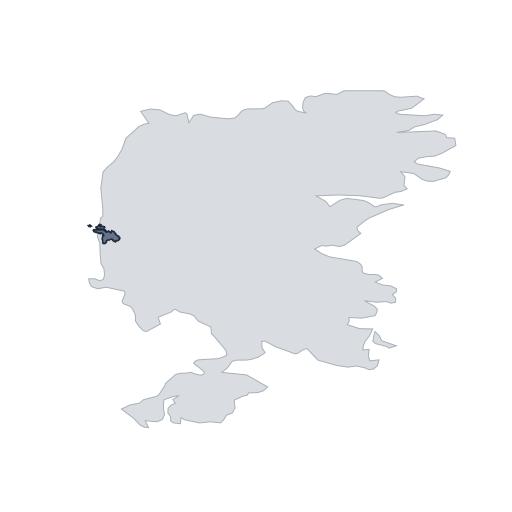 Rush-Lusk Lea-5, Fingal, Ireland shown in context, rotated 193°
{"feature_id": "5873133B50398048682629", "entity_name": "Rush-Lusk Lea-5", "entity_type": "district", "adm_level": 2, "iso_a3": "IRL", "parent_name": "Ireland", "parent_adm1": "Fingal", "projection": "natural_earth1", "projection_center": [-6.207, 53.544], "detail": "fine", "context": "in_parent", "style": "filled", "palette": "slate", "viewbox_px": 512, "rotation_deg": 193, "n_neighbors": 0, "source": "geoboundaries", "source_scale": "gbopen_adm2", "svg_char_len": 8327}
<svg xmlns="http://www.w3.org/2000/svg" viewBox="0 0 512 512"><g transform="rotate(193 256 256)"><path d="M333.1,90.8L321.0,97.1L319.2,99.5L315.7,109.1L315.3,111.8L307.7,122.5L303.4,124.7L297.0,126.4L293.4,128.1L288.8,127.3L283.0,127.4L280.2,129.3L280.3,130.8L282.0,132.5L292.6,137.4L292.0,139.4L289.0,141.8L269.8,147.5L264.1,151.0L262.1,153.3L264.1,157.2L279.2,168.7L281.8,170.0L284.0,176.7L297.5,179.5L302.9,183.7L307.7,184.7L318.0,184.3L322.2,185.9L324.5,184.7L325.9,182.5L337.5,174.3L333.9,168.2L345.7,157.7L348.9,157.9L354.3,161.1L358.8,165.5L360.2,171.4L364.5,176.8L367.2,178.6L374.7,179.7L376.4,181.8L375.0,189.5L376.1,192.1L395.1,191.9L402.6,188.5L409.2,189.1L412.4,192.6L413.9,196.1L408.2,197.5L402.3,196.7L399.4,199.1L399.3,203.6L401.3,209.4L405.2,213.5L408.3,222.8L411.0,233.2L415.0,239.4L415.9,247.2L415.3,251.0L416.0,257.8L414.3,260.2L415.6,266.7L422.5,287.4L423.9,303.6L420.5,309.7L415.9,315.5L412.9,322.3L410.6,329.7L409.2,341.6L399.3,355.6L395.1,359.1L390.2,361.2L400.9,371.0L392.1,375.4L382.6,376.8L372.0,374.3L365.5,374.6L357.1,379.7L355.2,378.8L351.3,370.8L348.3,379.1L342.2,381.7L331.8,381.1L314.4,383.3L307.7,385.7L304.9,389.4L302.8,393.7L300.0,396.2L296.9,397.5L283.5,400.7L280.8,402.0L274.5,408.9L266.3,412.9L259.5,414.1L253.5,410.0L251.1,407.6L248.3,406.4L239.1,406.6L242.0,407.8L243.8,410.7L244.7,416.1L243.6,421.5L239.0,424.2L233.5,424.7L224.9,430.2L213.5,431.7L207.3,436.8L169.6,445.5L167.5,445.6L162.3,443.4L156.7,442.4L151.1,443.1L135.3,447.9L127.6,446.9L137.6,435.0L150.7,428.9L152.1,427.3L147.9,426.4L123.0,430.6L114.3,434.2L105.7,435.3L109.7,429.8L121.0,422.3L130.7,417.4L134.9,413.0L146.7,408.0L108.8,418.3L98.9,417.1L96.7,414.2L88.9,415.5L86.1,408.6L97.8,398.1L104.5,393.5L112.4,391.1L120.1,387.6L123.0,383.3L119.5,382.0L96.7,383.0L85.8,382.1L86.4,378.7L88.5,375.0L99.9,368.6L106.1,367.5L111.5,368.1L121.1,371.9L133.9,370.7L128.6,366.6L127.8,358.3L123.8,355.5L129.1,351.6L135.1,349.2L145.2,341.3L148.8,340.0L168.5,338.1L189.9,333.9L211.0,328.1L200.3,324.9L195.1,320.6L186.7,329.2L180.7,332.5L163.7,334.3L158.4,333.3L150.9,330.7L148.5,331.7L146.3,333.7L135.1,338.0L123.3,339.0L137.1,331.2L154.7,318.1L158.6,313.9L164.2,306.7L162.6,303.5L159.0,301.6L171.8,286.8L176.3,284.1L184.3,283.6L190.2,281.3L192.8,281.3L195.2,280.4L200.4,276.0L192.5,273.1L184.3,271.7L158.8,273.2L155.5,272.9L152.3,271.5L150.3,269.5L148.9,264.5L147.0,263.4L141.3,263.4L135.6,264.9L131.7,264.8L127.8,262.6L134.1,257.4L126.2,256.2L118.1,257.2L111.4,255.6L111.3,252.4L114.4,249.2L110.4,246.1L109.7,242.3L114.0,240.4L118.6,241.0L128.1,238.1L140.2,236.8L129.9,233.9L125.8,231.5L125.7,227.8L126.6,224.7L138.7,219.3L151.5,217.0L150.6,213.5L151.6,209.6L138.7,208.5L125.9,211.2L127.4,204.0L130.5,197.4L131.2,193.1L130.7,188.5L124.7,190.4L124.1,183.9L121.6,179.4L112.7,182.5L113.1,176.6L115.7,172.5L120.4,170.7L124.9,171.5L133.5,171.4L141.7,168.3L153.6,167.5L172.4,168.5L185.3,177.2L188.6,175.7L193.9,170.2L196.3,169.5L215.9,171.9L228.0,175.1L231.2,174.1L229.5,168.0L225.4,163.8L230.7,158.2L237.1,154.4L241.4,152.6L251.3,150.2L255.6,148.0L258.5,140.9L263.1,134.9L238.4,138.0L215.1,131.0L218.9,126.0L223.9,123.2L232.4,121.0L233.3,118.4L237.6,116.3L244.8,110.6L242.3,103.2L243.7,97.8L248.9,94.3L250.6,89.2L252.9,85.5L263.3,84.2L273.3,80.7L288.8,80.3L292.8,81.7L291.9,75.6L299.1,74.8L302.0,76.0L303.2,80.3L306.5,83.1L307.4,87.9L305.2,91.6L301.5,94.4L304.8,97.4L299.6,102.6L305.2,100.4L313.3,95.2L312.9,91.0L311.6,85.7L309.4,80.9L310.5,75.6L315.0,72.3L326.9,70.6L322.1,64.6L326.4,64.1L331.1,65.3L338.0,70.0L352.7,76.6L345.5,82.4L336.6,86.4L333.1,90.8ZM123.3,206.4L123.0,209.2L117.4,205.6L114.7,201.8L99.1,200.0L105.7,196.2L108.8,197.3L119.8,197.5L122.9,199.1L123.3,206.4Z" fill="#d9dde1" stroke="#a8b0b8" stroke-width="1"/><path d="M400.0,248.0L400.9,247.8L401.7,248.1L401.9,248.0L402.2,248.1L402.1,247.7L402.1,247.0L402.2,246.8L402.5,246.9L402.7,246.7L402.7,246.3L402.8,246.3L402.8,246.0L402.8,245.8L403.4,246.0L403.4,246.7L403.9,246.7L404.0,246.6L404.6,246.7L404.6,247.0L405.4,247.2L405.5,247.0L405.9,246.4L406.0,246.4L406.0,246.1L406.3,246.1L406.8,245.7L406.8,245.8L407.5,245.9L407.2,246.5L408.1,246.8L408.4,247.0L408.8,246.3L409.0,246.4L409.2,246.5L409.4,246.6L409.5,246.7L409.3,247.3L409.1,247.6L409.4,247.6L409.5,247.4L409.8,246.7L410.3,246.9L410.1,247.4L410.2,247.5L410.0,247.8L410.9,248.0L410.3,249.0L409.7,249.9L409.8,250.1L410.3,250.4L410.5,250.4L410.4,250.3L410.5,250.4L410.8,250.5L411.2,250.5L411.5,250.4L411.9,250.4L412.4,250.1L412.7,250.1L413.0,250.0L413.6,250.2L414.0,250.1L414.0,251.1L414.1,250.1L414.5,249.9L414.3,249.9L413.9,249.6L414.0,249.7L413.9,249.6L414.2,249.8L414.2,249.4L414.8,249.5L415.3,249.8L415.7,250.0L415.8,250.2L415.3,250.5L415.2,250.7L415.0,250.8L414.9,251.2L414.6,251.4L414.6,251.5L415.2,251.3L415.4,251.2L415.2,251.3L414.9,251.4L415.1,251.4L414.7,251.5L415.0,251.6L415.3,251.5L415.1,251.6L415.6,251.7L415.9,251.4L416.4,250.2L416.9,249.3L417.0,249.2L417.3,248.9L417.4,248.7L417.9,248.6L418.0,248.5L418.2,248.4L418.3,248.2L418.3,248.3L418.4,248.1L418.5,248.1L418.5,247.9L418.4,247.7L417.6,247.7L417.4,247.3L417.3,246.7L417.2,246.7L416.8,246.1L416.7,246.2L416.4,246.1L416.0,246.0L415.9,246.1L416.2,246.8L416.6,247.0L416.0,247.2L415.1,247.0L414.8,246.9L414.7,247.0L414.5,246.9L414.4,247.0L414.2,247.0L413.3,247.1L412.9,246.9L412.8,247.2L412.5,247.2L412.1,247.0L411.9,247.2L412.0,247.2L412.1,246.9L412.3,247.0L412.5,247.1L412.8,246.9L412.7,247.0L412.7,246.9L412.9,246.8L412.7,246.8L412.8,246.7L412.9,246.8L412.9,246.7L412.9,246.8L413.1,246.9L413.3,247.0L413.5,246.7L413.4,246.5L414.5,246.8L414.6,246.1L415.1,246.2L415.7,245.8L416.4,245.7L416.6,245.6L416.8,245.9L416.7,246.0L417.6,246.1L417.8,246.0L418.2,245.6L418.8,245.3L419.0,245.3L419.5,245.4L420.1,245.1L420.2,244.9L419.9,244.8L419.7,244.8L419.4,244.5L419.2,243.9L419.5,243.8L419.3,243.7L419.5,243.6L419.5,243.3L418.8,243.2L418.6,242.9L418.7,243.1L417.7,243.0L417.1,242.9L417.0,243.5L416.4,243.4L416.5,243.1L416.4,243.1L415.7,243.1L414.6,242.8L414.4,243.0L413.7,242.7L413.6,242.9L413.6,243.2L413.4,243.3L413.2,243.3L413.1,243.2L413.1,243.5L411.8,243.3L411.7,243.5L411.5,243.3L411.1,243.2L411.0,243.4L410.4,243.4L410.1,243.3L410.0,243.0L409.9,242.8L410.0,242.4L409.9,242.3L409.6,242.3L409.3,242.1L409.6,242.0L409.6,241.9L409.7,242.0L409.8,241.9L410.0,241.8L410.0,241.6L409.9,241.5L410.0,241.3L410.0,241.2L409.8,240.9L409.8,240.7L409.8,240.3L409.7,240.2L409.9,239.1L409.8,238.8L409.7,238.3L409.5,238.1L409.7,237.8L409.4,237.6L409.2,237.3L409.1,237.2L408.9,236.5L408.7,235.7L408.6,235.4L408.5,234.9L408.3,234.7L408.2,234.3L407.8,234.3L407.8,234.1L407.7,234.1L407.7,233.8L407.4,233.8L406.9,233.9L406.6,233.9L406.4,233.9L406.1,234.1L405.9,234.3L405.9,234.6L405.7,234.7L405.4,234.8L405.4,235.0L405.4,235.4L405.4,235.5L405.0,235.7L404.9,235.8L405.0,235.9L404.9,236.0L405.0,236.1L405.1,236.3L405.1,236.5L405.0,236.8L405.1,237.4L404.8,237.6L404.3,237.8L404.1,238.1L404.0,238.3L403.8,238.4L403.5,238.3L403.3,238.4L402.8,238.4L402.7,238.5L402.1,238.8L401.7,239.4L401.3,239.7L400.3,240.0L400.1,239.8L400.0,239.7L399.8,239.6L399.6,239.7L399.1,239.7L399.3,239.2L399.6,239.1L399.3,239.1L399.2,239.0L398.2,238.6L397.9,238.5L397.6,238.3L397.4,238.4L396.9,238.3L396.7,238.3L396.0,238.1L395.9,238.5L396.0,238.5L396.3,238.7L396.1,238.9L396.2,239.1L395.6,239.1L395.1,239.5L395.1,239.8L394.7,239.9L394.1,239.8L393.9,239.9L393.9,240.0L393.7,240.2L393.4,240.6L393.3,241.0L393.0,241.2L393.0,241.3L392.9,241.3L392.8,242.0L392.6,242.1L392.6,242.5L392.7,242.8L393.7,243.1L393.6,243.3L393.4,243.6L393.8,243.7L394.4,244.2L394.7,244.3L394.6,244.5L395.3,244.7L395.5,244.7L395.8,244.7L396.1,244.6L396.3,244.8L396.5,245.0L397.7,245.4L397.8,245.6L397.7,246.4L398.3,246.6L399.3,246.9L399.8,247.9L400.0,248.0ZM409.2,241.5L409.4,241.5L409.5,241.6L409.3,241.7L409.2,241.5ZM413.3,243.7L413.5,243.5L413.3,243.7ZM424.1,247.5L424.2,247.4L423.8,247.4L424.0,247.2L423.9,247.2L423.8,247.4L423.6,247.6L423.4,247.7L423.6,247.6L423.4,247.7L423.6,247.7L423.5,247.9L423.2,248.1L423.5,248.2L423.8,248.4L424.0,248.4L424.0,248.5L424.4,248.6L424.5,248.8L424.8,248.8L424.9,248.7L425.0,248.8L425.1,248.6L425.4,248.4L425.3,248.5L425.4,248.4L425.2,248.2L425.4,248.0L425.5,247.8L425.9,247.8L425.9,247.7L426.1,247.7L425.9,247.5L425.7,247.5L425.4,247.4L425.4,247.2L425.2,247.2L424.9,247.3L424.7,247.4L424.5,247.5L424.3,247.6L424.2,247.5L424.1,247.5Z" fill="#64748b" stroke="#1e293b" stroke-width="1.5"/></g></svg>